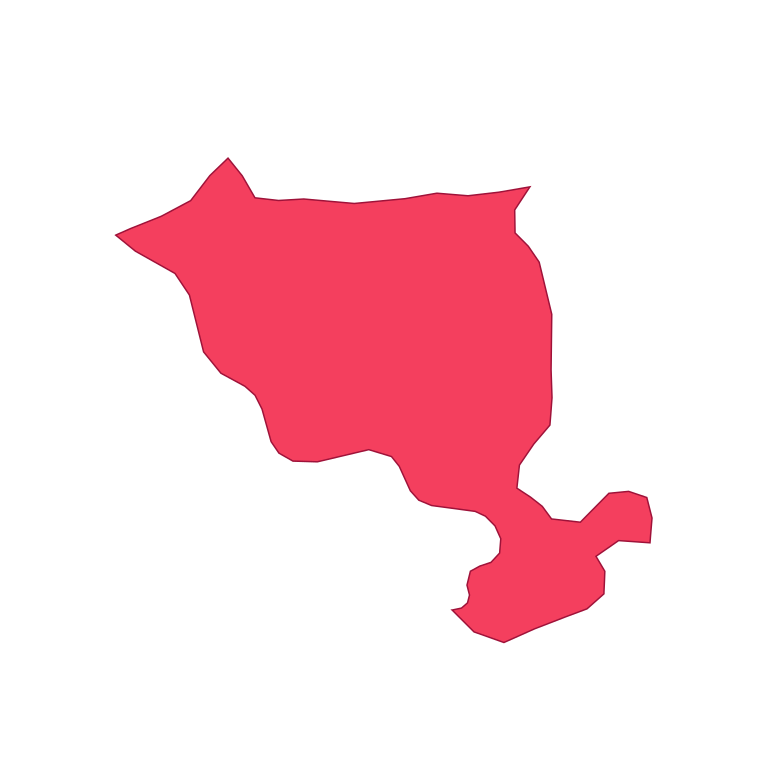 SVG path tracing the border of Laçın, rotated 13°
{"feature_id": "AZE-1735", "entity_name": "Laçın", "entity_type": "District", "adm_level": 1, "iso_a3": "AZE", "parent_name": "Azerbaijan", "parent_adm1": "", "projection": "natural_earth1", "projection_center": [46.402, 39.698], "detail": "fine", "context": "isolated", "style": "filled", "palette": "rose", "viewbox_px": 768, "rotation_deg": 13, "n_neighbors": 0, "source": "natural_earth", "source_scale": "10m", "svg_char_len": 1212}
<svg xmlns="http://www.w3.org/2000/svg" viewBox="0 0 768 768"><g transform="rotate(13 384 384)"><path d="M312.6,479.6L297.2,475.0L287.0,465.6L270.8,435.9L260.9,424.0L249.0,417.5L222.7,410.2L201.0,393.3L174.4,341.1L155.5,323.3L111.9,310.5L89.1,299.3L89.2,299.2L102.3,289.4L129.2,270.7L154.4,248.8L167.5,220.0L181.2,199.0L199.1,213.1L216.4,231.6L240.0,228.9L264.2,221.8L314.4,214.8L362.8,198.7L392.6,186.2L423.5,181.7L452.7,171.3L481.8,159.1L472.2,185.0L477.7,207.3L493.6,217.3L507.8,230.4L531.8,278.4L543.6,332.6L550.8,359.6L553.4,376.6L554.9,386.7L551.2,393.9L543.5,408.7L534.2,432.5L536.9,455.6L552.3,461.3L565.7,467.6L577.6,477.8L606.4,474.5L611.3,466.5L627.6,440.1L627.7,439.9L646.5,433.6L665.6,435.5L675.3,454.3L677.7,470.9L678.9,478.9L647.8,483.8L636.2,496.6L629.3,504.2L641.3,516.8L643.1,526.2L645.0,536.6L645.5,539.0L632.4,557.4L613.2,570.1L585.9,588.6L559.0,608.9L527.5,605.3L501.2,588.9L501.5,588.8L509.9,584.9L514.6,578.5L514.8,570.4L510.1,561.3L510.3,547.0L518.4,539.8L528.4,533.7L534.7,522.7L532.6,508.5L524.1,497.3L512.6,490.0L501.5,487.6L457.7,491.7L444.1,489.4L433.7,482.1L417.4,460.8L407.6,453.0L383.9,451.4L336.6,474.8L312.6,479.6Z" fill="#f43f5e" stroke="#9f1239" stroke-width="1.5"/></g></svg>